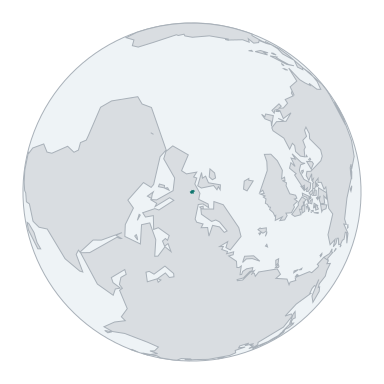 globe centered on Liege, rotated 114°
{"feature_id": "BEL-3481", "entity_name": "Liege", "entity_type": "Province", "adm_level": 1, "iso_a3": "BEL", "parent_name": "Belgium", "parent_adm1": "", "projection": "orthographic", "projection_center": [5.813, 50.464], "detail": "fine", "context": "on_globe", "style": "filled", "palette": "teal", "viewbox_px": 384, "rotation_deg": 114, "n_neighbors": 0, "source": "natural_earth", "source_scale": "10m", "svg_char_len": 10830}
<svg xmlns="http://www.w3.org/2000/svg" viewBox="0 0 384 384"><g transform="rotate(114 192 192)"><circle cx="192" cy="192" r="169" fill="#eef3f6" stroke="#a8b0b8"/><path d="M23.8,207.7L23.7,207.0L23.3,201.4L24.7,200.8L25.7,189.9L25.6,185.7L24.7,185.9L25.6,170.1L27.8,160.0L40.6,117.3L44.0,110.8L47.4,105.7L68.4,79.0L51.5,98.6L56.5,91.4L63.6,82.8L63.5,83.4L73.4,73.7L80.1,67.2L93.6,58.3L106.3,55.4L101.9,58.1L105.4,57.4L111.3,54.2L114.3,52.2L134.5,48.0L154.6,41.6L158.9,37.9L159.5,40.3L166.3,32.7L175.9,29.7L166.3,34.2L166.3,35.6L173.4,33.9L174.9,35.0L179.2,35.0L180.4,36.6L174.7,39.5L175.3,40.7L180.3,39.5L184.6,40.6L177.2,42.1L184.0,44.4L175.7,50.4L154.8,54.5L151.4,60.4L133.0,71.8L135.8,72.5L130.6,77.8L132.0,80.8L128.2,82.4L132.6,83.4L135.8,81.4L138.8,81.3L139.9,83.0L135.2,85.2L134.0,84.7L133.2,86.2L130.4,86.6L132.4,87.4L126.6,90.1L133.9,90.0L130.6,94.3L126.4,95.4L124.8,91.9L111.1,87.0L106.3,87.6L101.1,91.7L95.5,106.2L91.0,108.6L86.4,114.3L89.8,114.3L94.6,110.0L99.7,111.8L104.9,106.7L107.7,106.8L114.0,103.2L115.1,107.5L112.9,113.8L107.8,117.1L106.7,120.1L113.2,120.2L105.4,130.0L103.1,142.9L100.9,145.2L93.4,143.4L89.1,134.8L79.4,133.8L87.8,138.4L82.0,144.7L81.9,147.6L83.5,149.7L86.5,149.0L84.9,152.2L76.1,148.4L77.3,145.4L80.1,146.6L78.1,142.7L72.0,140.8L69.6,144.5L63.1,138.7L61.3,141.4L58.8,141.8L62.2,137.9L56.0,145.1L48.0,141.4L39.5,154.0L45.6,139.3L46.4,133.2L46.6,127.3L45.1,129.2L47.3,119.7L45.9,116.1L40.3,122.4L35.4,132.2L33.4,141.7L35.2,140.5L35.0,146.4L30.1,152.2L29.0,165.4L26.2,172.1L25.2,179.6L26.0,184.4L26.3,192.3L28.4,191.9L30.9,196.2L29.1,202.9L31.9,200.7L32.3,207.6L38.4,220.6L37.5,221.1L42.3,239.7L50.5,254.6L52.3,262.0L51.1,263.5L54.6,268.2L54.7,270.2L71.0,288.1L81.5,300.1L82.6,306.0L76.7,306.9L77.8,315.0L68.9,307.6L69.4,308.3L61.2,298.9L53.6,288.9L46.8,278.4L40.8,267.5L35.7,256.1L31.3,244.3L27.9,232.3L25.4,220.1L23.8,207.7ZM36.9,157.3L35.9,176.0L34.1,169.2L34.9,169.6L35.6,164.0L36.2,155.6L35.2,150.2L36.9,157.3ZM41.8,156.8L41.8,154.1L42.2,156.3L41.8,156.8ZM115.4,51.3L111.2,54.0L105.4,56.7L108.6,54.2L115.4,51.3ZM126.7,47.1L125.2,48.5L121.3,48.6L123.4,47.8L126.7,47.1ZM161.6,35.3L158.0,36.5L161.0,35.0L161.6,35.3ZM179.6,34.7L180.2,34.1L182.2,34.4L179.6,34.7ZM112.9,101.1L113.4,102.1L112.0,102.3L112.9,101.1ZM115.1,98.6L113.1,98.1L113.9,96.8L115.1,97.2L115.1,98.6ZM185.8,37.2L188.8,38.0L184.7,37.6L185.8,37.2ZM117.4,99.7L115.5,94.7L116.8,92.6L122.6,92.4L117.4,99.7ZM189.9,38.8L197.4,41.1L199.2,39.7L198.1,45.1L192.2,41.2L186.9,40.9L190.0,40.0L189.9,38.8ZM136.3,80.1L132.9,82.3L134.7,79.0L136.3,80.1ZM136.7,78.1L138.0,68.7L143.5,66.5L142.0,70.0L148.3,66.2L150.4,69.7L147.4,72.6L143.4,73.2L147.3,74.1L136.7,78.1ZM196.3,47.9L197.3,49.0L195.2,48.4L196.3,47.9ZM140.1,81.0L139.9,79.2L144.6,77.2L146.0,80.4L144.0,80.0L140.1,81.0ZM149.0,63.6L152.8,62.8L155.5,65.4L157.3,65.4L150.9,69.6L149.0,63.6ZM143.5,81.3L146.6,82.2L145.3,84.7L140.7,82.7L143.5,81.3ZM145.3,75.3L147.6,74.5L146.8,76.0L145.3,75.3ZM142.6,94.6L142.2,92.2L144.6,90.9L142.6,94.6ZM147.8,82.3L148.2,81.5L149.1,80.7L150.8,81.8L147.8,82.3ZM153.3,71.2L153.7,72.6L156.1,69.6L158.2,71.6L153.6,74.1L156.5,73.9L157.1,74.5L152.6,75.9L153.3,71.2ZM155.4,80.8L150.2,85.0L150.4,89.5L148.2,90.7L148.3,83.3L155.4,80.8ZM154.1,77.8L154.4,79.9L151.5,80.3L149.6,79.0L154.1,77.8ZM161.3,72.2L159.3,68.4L160.3,68.1L161.3,72.2ZM156.0,82.0L157.2,81.0L156.3,82.3L156.0,82.0ZM160.3,75.1L159.4,73.8L160.7,73.3L160.3,75.1ZM160.4,80.2L158.7,81.5L157.4,80.6L160.4,80.2ZM160.8,77.8L162.8,77.5L157.9,79.5L160.2,77.2L160.8,77.8ZM161.7,74.9L162.1,74.2L161.9,75.5L161.7,74.9ZM166.6,82.9L160.7,85.6L157.7,83.6L163.8,81.2L166.6,82.9ZM359.8,172.7L359.4,170.2L359.2,171.7L357.4,164.1L353.6,157.7L354.3,165.8L352.4,161.6L347.3,159.6L347.3,171.2L348.6,196.0L351.8,207.9L350.9,217.6L342.3,209.9L336.7,200.6L334.7,205.8L324.9,203.7L311.2,218.2L308.3,216.4L306.0,220.7L298.9,222.2L294.0,218.6L290.2,221.9L303.0,230.9L306.9,227.3L308.9,218.4L311.8,222.6L318.4,222.0L314.6,241.0L292.8,269.1L289.0,260.8L263.9,242.2L263.7,238.5L263.5,238.1L263.1,237.5L262.5,243.9L257.6,239.5L272.8,255.2L276.1,262.8L292.5,269.9L291.3,272.1L296.1,272.4L309.5,259.2L309.9,262.3L304.6,280.8L284.7,309.2L286.4,317.4L283.4,325.3L269.0,335.7L268.3,339.3L260.5,343.5L258.7,345.5L251.4,349.3L239.9,353.7L222.4,357.6L222.9,356.8L216.6,355.4L208.4,347.0L214.5,340.7L213.6,335.8L200.8,324.2L203.7,316.0L199.9,312.8L192.2,314.0L187.6,309.7L182.9,309.6L151.8,310.0L141.5,302.5L127.0,280.3L131.9,273.4L131.3,263.4L164.1,232.7L172.8,235.5L200.7,230.1L204.4,231.2L203.1,240.2L225.5,247.3L230.5,239.0L248.9,239.7L259.9,235.3L260.5,218.0L242.4,224.8L237.4,218.0L250.3,205.7L265.9,199.9L264.4,197.0L253.0,194.4L255.0,186.9L248.9,192.9L252.6,195.0L248.8,199.0L245.3,197.4L246.1,194.7L241.0,195.1L238.3,208.3L241.8,211.8L229.3,217.7L233.8,224.3L231.0,228.6L222.3,219.2L221.9,214.9L207.0,205.2L206.3,210.1L220.3,219.8L216.7,219.6L215.8,226.9L213.6,221.1L198.5,209.8L186.2,213.6L173.2,231.3L165.5,232.3L157.7,228.3L159.6,210.5L176.8,210.2L177.7,204.4L171.9,195.8L177.6,196.6L177.3,193.3L183.5,192.7L190.0,184.2L196.0,182.9L196.4,172.4L199.5,170.4L198.4,177.1L200.9,181.2L215.5,178.1L217.7,175.4L216.7,168.9L220.9,169.1L218.1,163.3L225.4,158.6L214.1,159.6L212.7,152.6L215.8,146.1L213.3,144.1L208.1,154.7L207.9,158.9L210.9,162.1L208.5,174.3L203.9,177.0L198.8,165.3L191.8,168.1L190.9,158.3L205.5,134.8L212.7,129.1L229.4,133.5L229.0,138.4L222.8,139.2L230.6,144.6L229.0,141.2L232.4,141.5L231.9,135.3L234.3,135.3L229.7,129.6L232.6,128.9L235.5,132.5L237.2,123.2L242.7,120.3L241.9,118.3L239.5,116.9L248.0,114.5L247.1,113.1L243.9,113.4L240.0,110.9L236.3,105.7L239.5,105.1L241.2,106.9L249.6,110.1L253.7,115.2L254.6,114.5L251.8,109.9L241.6,106.0L238.5,103.1L243.5,104.2L241.4,103.6L240.9,102.0L243.3,99.9L237.9,98.5L227.6,82.8L231.2,77.7L236.8,80.2L232.9,69.8L237.3,65.6L234.4,65.7L230.6,61.2L229.1,62.5L227.4,62.2L217.0,52.3L217.0,49.8L209.2,46.3L207.7,46.5L207.2,48.1L198.1,45.1L199.2,39.7L202.6,39.6L201.0,36.6L208.9,36.9L214.6,36.0L224.1,38.4L227.9,37.8L226.8,36.8L231.1,35.4L243.6,36.7L238.2,40.1L220.3,40.6L228.0,40.6L227.7,42.1L231.3,43.1L236.6,43.2L236.3,42.2L252.0,51.2L267.5,56.5L263.0,51.7L264.4,50.0L278.2,53.5L302.5,70.5L304.6,69.8L307.6,71.7L311.9,76.4L307.8,73.7L308.4,76.1L305.4,74.0L310.9,81.2L306.9,78.6L313.2,85.8L315.4,86.0L312.0,80.4L319.2,88.1L321.1,86.7L325.9,91.0L338.3,109.1L344.0,121.4L345.3,123.8L345.1,125.6L348.6,134.2L351.8,137.4L353.0,140.7L356.8,155.0L356.3,152.8L355.9,157.6L358.5,167.1L358.9,165.6L359.8,172.7ZM155.0,250.6L154.6,253.8L155.0,250.6ZM284.0,201.4L292.2,196.3L285.6,188.7L288.2,186.2L285.0,184.6L285.1,188.2L276.8,183.4L279.3,177.9L276.8,174.0L273.9,175.6L270.7,186.6L282.5,193.3L281.9,198.8L284.0,201.4ZM38.7,220.9L39.2,223.8L38.0,221.7L38.7,220.9ZM32.6,170.8L33.0,173.7L32.8,176.2L32.2,174.4L32.6,170.8ZM38.9,194.1L39.9,197.8L38.3,195.1L38.9,194.1ZM36.1,178.7L38.0,191.4L34.9,187.0L33.9,179.1L35.3,182.9L36.1,178.7ZM39.1,159.2L39.1,161.4L38.3,162.1L39.1,159.2ZM42.1,158.4L41.9,157.9L42.4,156.0L42.1,158.4ZM82.5,144.9L83.2,145.3L84.2,147.9L82.6,147.6L82.5,144.9ZM95.5,155.1L92.7,160.0L93.6,156.1L90.8,156.4L89.1,148.8L99.7,146.0L95.2,148.5L95.5,155.1ZM89.9,138.4L89.7,143.2L89.5,138.0L89.9,138.4ZM169.6,176.2L172.5,178.4L171.2,182.4L163.6,185.0L165.4,179.1L169.6,176.2ZM176.9,180.7L173.9,169.0L178.5,167.2L176.4,170.1L179.8,170.1L177.3,174.9L184.6,185.1L184.0,189.3L170.3,191.2L175.1,188.1L172.0,186.0L176.9,180.7ZM158.2,144.9L157.0,140.6L168.6,142.2L168.4,146.1L160.8,148.7L156.5,145.6L158.2,144.9ZM128.0,100.5L126.8,99.3L128.1,98.6L130.1,99.0L128.0,100.5ZM142.2,93.6L134.7,105.2L132.9,104.3L130.6,112.6L125.0,113.6L126.7,108.2L120.7,115.3L119.9,110.9L116.4,116.1L120.7,103.8L119.8,100.4L122.9,103.8L128.1,102.9L130.0,101.4L134.9,94.9L135.5,87.2L140.7,85.4L144.2,86.1L144.9,87.7L141.3,88.3L144.7,89.9L140.1,92.1L142.2,93.6ZM182.4,100.1L178.0,99.4L184.1,104.4L179.4,106.0L180.4,106.5L177.8,109.5L176.4,114.0L174.0,114.1L174.4,115.8L172.7,117.9L172.5,120.4L168.2,121.6L167.6,124.8L165.9,123.6L166.1,128.8L164.0,125.5L161.6,128.1L164.9,129.9L141.8,132.0L133.8,136.0L128.2,141.2L125.4,135.3L128.7,126.8L135.4,118.3L143.5,115.5L140.8,113.5L143.8,111.7L144.8,114.1L145.2,109.4L148.0,108.6L153.9,101.9L152.8,96.1L155.0,93.7L156.8,95.6L157.6,91.9L162.5,93.9L164.1,92.3L170.6,92.8L173.1,97.6L174.8,95.5L179.8,96.0L182.4,100.1ZM168.4,83.2L172.5,88.2L171.9,91.7L160.9,89.4L158.8,90.6L151.7,89.5L152.6,84.6L154.6,85.3L156.7,84.9L155.5,86.6L158.0,84.9L160.8,85.9L163.4,84.9L164.0,86.8L168.4,83.2ZM207.6,227.4L210.4,227.4L214.4,226.3L213.9,231.1L207.6,227.4ZM197.2,219.8L199.5,219.0L200.8,224.8L198.0,225.0L197.2,219.8ZM199.7,213.7L199.6,218.5L198.0,216.0L199.7,213.7ZM200.4,176.1L202.8,174.9L203.4,176.3L202.6,178.8L200.4,176.1ZM199.6,116.4L197.1,115.2L197.5,114.3L194.5,109.5L197.7,108.2L200.8,110.5L199.6,116.4ZM258.0,222.1L255.5,226.4L253.6,225.6L254.8,224.3L258.0,222.1ZM234.1,229.9L240.1,230.4L233.9,231.2L234.1,229.9ZM202.5,114.2L200.9,112.3L203.5,112.8L202.5,114.2ZM199.8,106.9L202.7,107.0L197.7,107.4L199.8,106.9ZM306.6,309.7L293.1,326.1L286.8,330.2L287.2,328.3L293.3,319.8L301.2,313.0L305.5,307.1L306.6,309.7ZM360.8,183.6L360.2,182.9L360.2,178.4L360.3,176.6L360.8,183.6ZM352.3,208.3L354.8,211.6L354.0,215.4L352.3,208.3ZM346.9,126.6L348.2,130.4L347.4,129.1L345.3,123.5L346.9,126.6ZM329.7,95.0L332.8,98.9L334.1,100.8L333.2,99.9L329.7,95.0ZM227.6,101.9L228.3,109.8L231.0,115.1L235.8,117.1L229.3,117.8L225.2,109.7L227.6,101.9ZM227.3,85.1L223.0,83.7L224.6,82.3L225.8,82.4L227.3,85.1ZM224.9,85.6L220.3,87.7L217.7,85.7L221.9,84.4L224.9,85.6ZM211.5,100.6L211.5,102.9L209.4,102.4L211.5,100.6ZM305.2,67.6L303.6,66.6L300.9,64.0L302.8,65.4L305.2,67.6ZM290.7,55.5L299.7,63.0L306.7,69.7L306.2,68.8L310.8,72.7L309.6,72.7L302.2,66.0L297.5,61.5L293.6,58.9L288.1,54.8L284.2,53.2L280.8,51.1L282.9,51.3L290.7,55.5ZM282.7,52.7L274.0,49.4L270.4,45.9L271.5,45.9L277.0,48.8L278.6,50.4L282.7,52.7ZM270.8,47.7L272.2,49.3L262.3,49.9L259.3,49.2L265.0,46.5L266.6,48.0L269.7,48.6L270.8,47.7ZM198.8,48.4L197.4,48.9L197.6,47.8L198.8,48.4ZM226.8,63.0L224.5,62.5L224.8,61.2L226.8,63.0ZM218.4,60.5L219.6,62.4L217.0,60.6L218.4,60.5ZM222.6,66.6L219.5,63.2L224.4,66.2L222.6,66.6Z" fill="#d9dde1" stroke="#a8b0b8" stroke-width="1"/><path d="M192.4,192.9L192.4,192.7L192.4,192.4L192.1,192.3L192.1,192.5L191.9,192.6L191.8,192.4L191.7,192.3L191.6,192.2L191.4,192.2L191.2,192.1L191.3,192.2L191.2,192.2L191.0,192.3L191.0,192.2L190.9,192.2L190.8,191.9L190.7,191.9L190.5,191.6L190.4,191.5L190.5,191.4L190.5,191.2L190.6,191.3L190.8,191.3L190.8,191.2L190.9,191.3L191.0,191.2L191.3,191.2L191.5,191.2L191.8,191.0L192.0,191.3L192.1,191.2L192.1,191.3L192.2,191.2L192.3,191.2L192.4,191.3L192.5,191.3L192.7,191.5L192.8,191.6L192.7,191.7L192.7,191.8L192.8,191.9L193.0,191.9L193.0,192.0L193.0,192.3L193.0,192.5L192.9,192.5L192.7,192.6L192.7,192.8L192.6,193.0L192.5,192.9L192.4,192.9Z" fill="#14b8a6" stroke="#0f766e" stroke-width="1.5"/></g></svg>